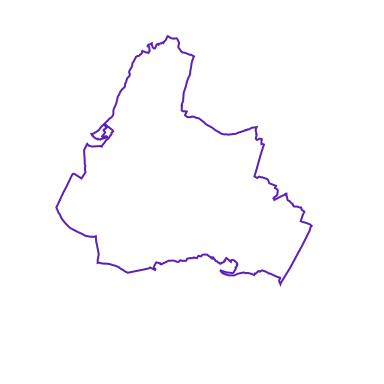 Valea Ursului, Neamt, Romania (orthographic projection), rotated 217°
{"feature_id": "2599482B92713698474517", "entity_name": "Valea Ursului", "entity_type": "district", "adm_level": 2, "iso_a3": "ROU", "parent_name": "Romania", "parent_adm1": "Neamt", "projection": "orthographic", "projection_center": [27.085, 46.792], "detail": "fine", "context": "isolated", "style": "outline", "palette": "violet", "viewbox_px": 384, "rotation_deg": 217, "n_neighbors": 0, "source": "geoboundaries", "source_scale": "gbopen_adm2", "svg_char_len": 6091}
<svg xmlns="http://www.w3.org/2000/svg" viewBox="0 0 384 384"><g transform="rotate(217 192 192)"><path d="M295.7,122.2L294.4,113.8L294.2,113.4L293.3,108.7L291.9,102.4L291.1,98.1L286.4,95.3L283.6,94.3L282.0,93.3L279.4,92.1L274.1,90.8L268.1,89.9L258.6,91.4L255.6,92.2L250.8,92.9L245.9,95.3L244.7,96.3L244.0,96.5L242.1,98.8L239.7,95.8L238.2,94.3L235.7,92.3L235.1,91.6L230.7,87.8L228.9,86.0L226.5,81.1L224.7,78.6L224.2,79.2L222.5,80.2L221.0,80.7L219.9,81.4L215.9,84.1L213.9,85.1L211.8,85.7L209.1,86.9L205.2,87.9L203.4,87.8L199.1,88.3L197.6,88.3L194.7,88.9L181.3,104.0L180.4,105.3L180.1,106.5L174.5,107.5L174.7,108.3L175.1,108.5L176.5,108.3L176.9,108.6L177.5,109.5L177.8,110.8L178.2,114.3L174.4,116.0L174.2,115.9L173.9,115.4L173.2,115.5L169.2,123.2L167.9,124.1L166.5,125.4L164.6,126.5L163.0,126.9L161.2,127.6L160.6,128.3L160.4,129.1L160.4,130.3L160.3,130.5L158.2,131.2L157.1,132.2L155.5,133.3L155.3,133.7L155.7,135.7L154.4,137.5L151.7,139.6L151.4,140.2L151.3,140.7L151.0,140.9L148.8,141.7L148.3,142.2L148.5,144.9L146.1,145.9L146.0,146.3L146.0,147.5L145.5,148.6L144.9,149.2L142.9,150.6L142.1,151.1L140.3,150.9L139.7,151.1L138.5,151.1L137.4,150.8L136.8,151.1L136.9,151.8L136.0,152.5L135.3,152.3L135.1,151.4L134.8,151.7L134.2,151.9L132.8,151.8L132.5,151.4L131.8,151.2L130.2,151.7L128.9,151.3L127.3,151.9L126.4,151.7L126.4,152.1L125.9,152.3L125.9,153.0L125.5,153.2L124.1,156.2L124.2,156.3L124.8,156.5L124.8,156.9L124.5,157.7L124.9,158.4L125.0,159.5L124.9,160.0L118.9,159.6L119.6,161.4L118.9,162.2L118.2,162.4L116.7,162.7L113.3,162.3L112.7,162.0L111.9,161.1L111.9,160.8L112.2,160.5L111.7,160.0L111.7,159.5L111.5,159.2L111.6,158.9L111.4,158.0L111.6,157.8L111.1,157.5L110.6,156.1L110.7,155.6L110.4,153.7L110.6,152.0L110.9,151.6L114.4,149.6L115.7,148.7L116.9,148.4L119.9,147.1L120.3,147.1L121.9,146.6L121.8,146.2L119.3,145.6L117.4,145.8L112.8,147.4L108.5,150.4L108.1,150.9L106.2,154.3L102.4,158.8L101.0,159.2L97.9,161.3L96.5,161.9L94.7,162.6L92.4,163.1L92.6,164.7L92.3,164.7L92.1,164.9L91.3,168.9L91.0,169.1L89.9,169.2L89.5,169.9L89.1,171.3L88.7,171.7L84.8,172.9L81.6,173.2L81.0,173.7L72.5,175.6L70.1,176.6L69.6,176.1L69.5,174.8L68.9,173.3L65.9,171.6L66.3,172.7L68.1,191.1L71.8,215.5L74.8,232.1L76.1,235.1L76.0,237.0L78.2,237.1L82.4,236.0L86.1,234.4L87.7,234.2L89.7,240.4L90.2,243.2L90.4,243.9L93.9,243.9L94.9,245.0L95.9,245.2L96.8,244.3L98.6,243.9L100.0,243.2L101.2,242.2L102.0,241.8L103.2,242.0L104.1,242.9L104.3,242.9L106.1,242.9L108.4,243.4L110.6,243.0L111.0,243.2L111.8,244.0L113.8,245.7L114.7,245.8L115.0,246.3L115.2,247.3L115.5,247.6L115.9,247.3L116.3,246.7L116.8,244.6L117.4,243.7L119.5,239.5L121.4,235.3L121.7,235.6L123.2,236.0L123.1,237.6L122.4,239.6L122.3,240.2L122.5,241.5L123.7,243.8L124.8,245.2L125.3,245.4L128.1,245.1L128.6,247.5L135.5,245.5L136.5,246.0L137.3,246.7L138.8,247.5L140.1,247.5L144.5,246.1L145.7,245.3L147.4,244.8L147.7,244.6L148.4,242.4L151.5,242.0L153.8,248.3L159.2,262.0L160.8,266.4L163.1,273.2L165.0,272.6L165.3,272.1L167.0,274.2L168.0,276.2L170.2,275.2L171.3,272.8L171.7,272.6L173.1,273.0L173.4,273.3L174.9,276.9L175.4,276.8L175.7,277.0L176.6,278.3L177.9,279.2L178.6,280.1L179.2,281.5L179.4,282.7L182.9,279.3L183.9,276.9L184.9,275.5L185.4,275.3L185.6,274.8L185.6,274.2L186.9,273.3L186.9,272.6L191.2,266.5L192.1,264.8L197.6,259.6L200.0,258.3L200.6,257.6L201.6,257.1L204.0,256.1L206.8,256.0L209.4,255.5L215.1,255.5L220.9,254.5L222.2,254.5L224.1,254.9L230.4,255.0L231.5,254.7L233.5,253.7L235.3,253.4L237.0,252.6L237.4,252.3L237.6,251.7L238.1,251.1L240.5,249.1L243.5,249.0L243.9,249.4L244.6,253.1L245.3,252.9L247.6,251.1L249.3,250.9L250.4,252.4L251.6,254.6L252.3,254.6L253.2,256.9L253.8,259.2L258.5,266.5L259.0,268.3L259.6,269.8L260.2,271.9L262.1,276.3L263.5,280.5L264.1,283.9L264.6,285.1L266.3,287.8L267.3,290.0L269.9,294.8L270.8,297.0L271.7,299.9L272.0,301.5L275.5,301.0L276.2,300.3L281.1,299.1L283.3,297.9L284.9,297.6L285.6,298.0L289.7,299.2L290.6,300.0L291.4,302.3L292.0,303.1L292.8,303.8L296.0,305.4L296.9,305.4L299.3,303.1L301.9,302.1L304.5,302.1L305.2,301.8L304.4,297.5L304.4,296.7L304.7,295.9L304.6,294.5L305.4,295.1L304.8,294.0L305.7,293.1L305.9,292.3L306.5,291.9L306.8,291.1L307.6,290.5L307.3,289.5L308.6,289.3L308.7,288.8L309.0,288.5L308.9,287.9L308.1,285.2L308.0,284.4L309.0,283.7L310.6,284.0L311.5,284.7L312.3,284.9L313.6,286.5L314.0,285.3L314.5,284.8L315.4,283.4L315.5,282.2L315.0,281.6L314.1,282.1L313.6,282.0L312.6,281.3L312.3,280.7L311.1,279.5L310.7,279.3L310.5,276.8L311.3,276.8L312.1,276.1L313.1,275.7L314.6,275.4L316.0,274.7L316.5,274.8L316.5,274.3L315.8,273.2L315.6,272.4L315.7,271.5L316.1,270.9L316.1,269.3L316.4,268.7L317.3,267.9L318.1,266.3L317.6,264.2L317.5,262.8L317.3,262.3L317.1,260.9L317.2,259.3L316.3,257.8L315.8,256.8L315.7,256.1L315.4,255.6L314.8,250.7L314.2,249.6L312.9,249.1L312.0,247.6L311.8,246.8L311.8,246.0L312.3,244.5L311.5,241.8L310.8,240.1L310.6,238.4L309.3,236.3L309.0,235.4L309.0,234.6L309.4,233.6L309.4,232.8L309.7,231.2L309.5,229.6L309.6,228.9L308.8,225.8L308.7,223.7L306.4,218.6L305.3,215.4L304.7,212.2L303.8,209.7L301.8,207.1L301.3,205.8L301.2,203.8L301.5,202.3L301.8,201.7L302.2,200.3L302.2,198.9L303.8,188.6L303.6,185.6L304.4,183.1L305.9,179.3L306.5,178.5L307.3,177.9L306.1,177.2L304.5,177.1L304.2,176.8L301.1,176.8L300.1,177.3L299.0,177.4L299.0,178.0L297.9,178.1L296.8,178.6L296.5,179.6L295.4,180.8L294.7,182.2L294.2,182.4L293.1,184.5L293.1,184.9L293.2,185.0L294.1,185.0L295.0,183.8L295.5,182.6L297.0,182.1L297.3,182.2L297.4,183.1L297.0,184.6L297.3,186.5L297.3,187.5L299.2,187.9L299.9,188.2L299.9,188.7L299.2,190.7L299.3,191.1L299.0,191.5L299.0,192.1L300.6,192.3L301.1,192.7L302.4,192.8L302.2,193.8L298.1,193.6L297.8,193.8L297.0,193.6L293.0,193.6L291.6,193.2L291.7,191.6L292.0,191.1L291.0,189.5L291.3,186.9L290.9,186.0L291.1,184.6L291.2,183.6L291.4,183.2L291.8,181.6L291.6,178.3L291.8,175.3L291.4,173.9L292.8,173.6L299.1,168.2L302.4,166.9L304.7,167.4L304.7,166.8L304.1,164.5L303.5,160.7L301.3,157.9L298.2,154.5L294.7,150.1L292.9,148.7L292.0,147.0L291.0,145.5L289.0,143.8L288.4,136.3L296.7,135.7L297.2,135.2L297.9,135.0L298.1,133.6L296.4,125.4L296.4,124.9L295.7,122.2Z" fill="none" stroke="#5b21b6" stroke-width="2"/></g></svg>